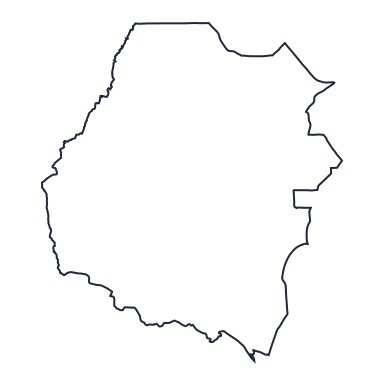 outline of Puok, Siemréab, Cambodia
{"feature_id": "14789045B68660120235745", "entity_name": "Puok", "entity_type": "district", "adm_level": 2, "iso_a3": "KHM", "parent_name": "Cambodia", "parent_adm1": "Siemréab", "projection": "orthographic", "projection_center": [103.615, 13.442], "detail": "fine", "context": "isolated", "style": "outline", "palette": "slate", "viewbox_px": 384, "rotation_deg": 0, "n_neighbors": 0, "source": "geoboundaries", "source_scale": "gbopen_adm2", "svg_char_len": 5835}
<svg xmlns="http://www.w3.org/2000/svg" viewBox="0 0 384 384"><path d="M244.6,347.5L246.2,350.3L250.5,356.7L251.6,358.2L254.3,361.0L254.1,359.1L253.4,357.4L251.4,354.4L252.7,354.6L253.5,354.1L253.8,353.6L254.0,353.1L254.1,352.3L253.4,350.7L253.4,350.1L255.4,350.9L260.2,352.1L265.3,354.6L266.2,354.8L267.6,354.4L268.7,355.1L271.9,344.9L277.4,329.3L279.4,327.0L284.3,318.7L287.3,314.4L287.5,313.7L286.1,294.9L285.7,285.6L284.9,283.2L282.8,280.1L282.2,278.7L282.1,277.7L283.5,269.8L285.0,264.5L287.2,259.4L289.7,254.9L293.0,250.8L296.1,247.8L298.4,246.4L300.2,245.5L303.6,244.1L304.8,243.8L307.7,243.9L307.1,242.0L306.8,239.8L306.6,235.4L306.7,231.1L307.4,227.1L308.5,224.2L309.9,221.6L310.1,220.6L309.3,212.7L309.6,210.7L310.8,207.8L304.0,207.8L297.6,207.5L296.6,208.1L294.6,206.8L294.2,205.7L294.2,201.1L293.6,190.4L294.4,190.2L295.8,190.2L306.6,190.2L311.5,190.5L317.4,189.9L318.4,185.7L331.1,173.6L330.9,168.0L337.0,167.8L342.0,160.7L340.2,158.4L337.4,155.2L334.6,151.2L332.9,149.3L327.1,140.5L326.7,139.9L326.4,138.3L323.8,135.2L323.0,134.8L319.2,134.5L313.6,134.8L308.6,134.7L308.4,133.7L310.4,126.2L310.4,123.9L308.9,120.4L308.7,116.8L308.3,114.1L307.9,113.1L307.5,112.6L306.0,111.9L306.4,111.0L309.1,106.8L313.1,103.2L313.9,101.9L314.3,100.5L314.2,98.6L314.7,96.6L315.5,95.7L317.5,93.9L318.8,93.1L321.6,91.8L323.9,90.4L326.3,88.5L334.0,83.4L334.3,82.7L333.5,82.2L326.1,82.6L323.0,82.2L317.8,80.6L315.5,79.0L313.5,77.2L309.7,72.9L306.0,68.3L302.5,64.5L295.5,55.8L284.8,43.1L280.5,47.4L279.1,49.4L273.9,54.0L272.7,55.4L271.7,55.3L266.1,56.0L261.6,56.3L249.8,56.2L244.1,55.7L241.7,55.7L240.4,54.9L238.7,54.2L233.9,51.4L230.2,51.1L227.8,50.5L225.8,48.1L221.5,41.8L220.2,39.5L219.2,35.9L218.6,34.2L217.3,32.0L211.0,25.7L208.9,23.1L199.5,23.2L195.2,23.0L185.0,23.3L148.3,23.4L138.9,23.8L136.9,23.5L135.3,23.5L134.7,24.7L132.9,26.2L133.2,27.4L132.9,27.8L133.0,29.1L132.5,29.9L131.5,29.6L130.6,29.8L130.2,30.6L130.3,31.4L129.2,33.1L128.6,35.0L127.4,36.6L127.3,37.1L127.8,38.0L127.6,38.9L125.9,38.6L126.2,39.9L125.9,40.4L125.2,41.0L124.9,42.1L125.1,42.6L123.9,44.4L122.7,47.1L121.9,46.4L121.7,47.4L121.9,48.2L121.5,49.0L120.8,48.8L119.3,50.5L119.9,51.1L119.1,52.6L118.7,53.0L117.3,53.3L117.0,54.7L115.7,55.3L115.6,55.8L115.2,56.2L114.9,56.9L115.3,57.5L115.2,58.4L114.8,59.2L114.8,59.9L114.1,60.4L115.4,61.4L113.5,63.2L113.5,65.5L112.8,68.7L112.1,72.6L112.5,73.6L112.1,74.4L112.4,75.1L112.4,75.9L112.7,76.6L112.7,77.9L113.6,78.5L113.9,79.4L112.6,81.3L112.1,81.8L110.9,84.6L111.3,85.2L111.0,86.0L111.8,86.9L111.3,87.7L110.2,89.4L109.0,88.2L108.0,88.5L107.7,89.2L107.5,90.7L107.8,91.4L108.3,91.5L108.4,93.3L108.1,94.7L107.0,96.7L105.2,96.8L102.4,95.9L101.9,96.8L101.0,96.0L100.5,96.0L100.2,97.2L100.4,97.6L100.1,98.6L100.0,100.3L99.6,100.9L98.8,103.3L98.3,103.4L97.0,103.0L95.5,103.4L95.6,103.8L95.2,105.7L95.1,107.7L94.6,108.8L92.6,109.4L92.2,109.7L92.1,110.6L90.8,111.5L88.7,113.8L88.7,115.4L87.5,117.1L87.4,118.1L86.7,119.8L86.9,120.5L86.6,121.0L86.2,121.2L85.6,122.0L85.6,123.5L84.9,124.2L85.0,126.1L84.2,126.8L83.7,129.3L83.0,131.1L82.9,131.6L82.2,132.4L82.3,132.9L82.1,133.7L80.2,133.4L79.7,133.7L78.9,134.6L76.3,134.7L76.0,135.1L75.8,136.3L75.1,138.3L74.5,138.3L71.8,139.2L71.5,139.8L71.0,139.7L69.4,140.3L69.1,140.7L68.4,140.9L68.1,141.4L67.2,141.7L64.9,141.0L64.4,141.3L63.9,142.1L64.6,142.4L64.9,143.1L64.1,143.8L63.7,145.4L64.1,147.1L62.3,148.3L61.2,148.7L60.5,149.2L60.1,149.8L61.1,152.5L60.8,154.0L61.2,157.2L61.0,157.9L55.3,162.6L54.8,163.1L53.7,165.1L52.8,165.8L52.4,166.6L52.7,167.3L53.8,167.8L55.1,168.0L55.8,169.0L56.7,171.7L57.0,173.2L56.9,173.9L56.5,174.3L55.8,174.5L54.2,174.5L52.2,175.0L51.6,175.5L48.1,177.7L43.1,181.9L42.0,182.5L42.2,185.5L42.0,187.5L44.2,190.1L44.3,190.9L44.8,191.0L45.5,192.3L45.9,192.6L46.7,194.5L46.6,195.8L47.0,198.9L46.8,200.1L47.1,204.0L46.6,207.6L47.7,211.7L47.9,213.3L48.2,214.4L48.4,216.7L48.2,218.7L48.2,220.1L48.5,221.2L48.4,223.3L49.3,225.5L49.9,228.1L50.7,228.7L51.0,229.9L51.1,231.1L50.8,232.5L49.9,235.2L49.8,237.0L51.6,238.7L52.4,240.3L54.7,242.6L54.6,245.4L54.8,245.9L53.6,246.4L53.3,247.4L53.4,248.9L53.9,250.4L53.6,251.6L53.9,251.9L54.8,252.1L55.0,253.3L55.7,253.6L56.3,254.2L56.6,255.2L56.8,258.3L57.7,259.2L58.0,261.3L57.7,262.3L58.9,265.1L58.5,266.1L58.0,266.6L57.8,267.6L58.2,268.6L59.5,270.3L60.0,271.6L60.0,272.5L60.4,273.2L61.0,273.0L64.0,275.2L64.9,274.9L65.5,274.1L67.1,273.2L69.2,272.3L71.4,272.1L78.0,273.4L80.5,273.5L85.5,274.3L87.4,275.2L88.4,276.2L89.2,277.9L89.0,281.5L89.4,282.9L90.6,283.5L96.6,284.9L100.8,285.3L101.5,285.5L107.2,288.3L112.0,291.6L111.8,292.8L110.2,295.9L110.9,296.2L113.1,296.6L114.0,297.7L114.3,299.4L114.3,305.8L114.7,306.4L115.7,307.2L117.0,308.7L118.1,308.8L120.0,310.1L122.3,310.2L123.0,310.0L123.1,309.5L124.0,308.0L124.9,307.4L126.0,307.2L126.8,307.4L134.5,307.7L135.0,308.1L135.9,309.2L137.3,311.3L139.0,314.5L139.8,315.5L140.5,319.6L141.1,320.8L142.5,321.9L143.6,322.3L144.1,322.6L145.5,324.6L146.0,324.8L147.3,325.4L147.8,325.0L149.0,324.5L153.7,324.7L154.1,324.3L154.5,324.5L155.0,324.4L156.5,323.7L157.8,324.8L158.4,325.7L159.0,326.2L159.7,326.5L160.2,326.4L161.5,326.2L162.1,325.8L162.9,324.9L163.9,323.2L164.6,322.9L167.0,323.1L169.9,322.7L173.9,320.7L174.9,320.7L177.9,322.1L178.6,322.2L180.7,323.8L183.0,325.2L185.3,326.1L186.3,325.9L188.7,324.3L189.4,324.2L190.1,324.5L191.1,325.5L192.9,324.9L195.3,328.3L196.3,329.5L198.3,330.8L202.5,333.0L205.5,333.7L206.3,334.7L207.0,337.6L207.3,338.1L207.7,338.3L209.8,338.7L210.7,339.2L210.6,339.8L210.2,340.5L209.7,340.9L209.7,341.5L210.1,341.8L211.6,342.0L212.9,341.9L215.4,339.9L216.5,339.4L217.1,338.8L217.6,337.9L218.1,337.6L218.4,336.6L219.1,336.3L220.8,336.0L221.2,335.7L221.1,334.6L220.6,333.9L219.0,333.1L218.9,332.5L219.9,331.7L223.0,331.1L223.7,331.2L224.4,331.5L228.3,334.5L229.3,335.0L237.9,340.9L243.3,345.8L244.6,347.5Z" fill="none" stroke="#1e293b" stroke-width="2"/></svg>